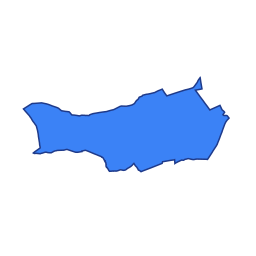 Urziceni, Romania, rotated 337°
{"feature_id": "2599482B49028853764158", "entity_name": "Urziceni", "entity_type": "district", "adm_level": 2, "iso_a3": "ROU", "parent_name": "Romania", "parent_adm1": "", "projection": "equal_earth", "projection_center": [22.375, 47.735], "detail": "fine", "context": "isolated", "style": "filled", "palette": "blue", "viewbox_px": 256, "rotation_deg": 337, "n_neighbors": 0, "source": "geoboundaries", "source_scale": "gbopen_adm2", "svg_char_len": 4763}
<svg xmlns="http://www.w3.org/2000/svg" viewBox="0 0 256 256"><g transform="rotate(337 128 128)"><path d="M214.1,109.8L213.1,110.4L212.6,110.7L212.2,110.9L211.2,111.6L210.8,111.9L210.5,112.2L210.3,112.4L209.4,113.2L209.0,113.4L208.4,113.7L207.3,114.4L204.9,115.8L204.2,116.1L203.8,116.2L203.5,116.3L201.9,116.2L199.0,115.9L197.2,115.6L195.6,115.3L192.5,115.0L189.4,114.7L188.3,114.6L186.0,114.4L183.7,114.2L180.1,113.9L177.4,113.7L176.3,113.6L175.8,111.7L175.4,110.0L174.8,106.3L174.7,105.6L172.1,105.6L170.3,105.5L169.2,105.6L168.4,105.6L166.5,105.8L163.5,105.3L162.1,105.1L160.6,104.8L159.6,104.6L157.9,104.1L154.3,103.6L153.8,103.8L153.3,104.2L150.5,104.0L149.6,104.6L149.4,104.9L149.0,105.1L148.3,105.6L146.9,105.9L145.7,106.5L144.4,107.4L143.5,108.0L141.3,108.3L140.2,108.3L137.7,107.9L135.0,107.3L132.6,106.2L130.5,105.2L129.0,105.0L128.0,105.1L125.0,105.3L122.2,105.5L120.8,105.3L119.7,105.1L116.7,104.7L114.8,104.5L114.0,104.3L112.3,103.8L110.5,103.3L107.4,102.5L106.0,102.2L102.7,101.4L101.4,101.1L99.0,100.9L98.5,100.9L97.8,100.9L97.0,101.3L96.7,101.2L95.0,100.3L94.0,100.0L93.3,99.5L90.3,98.1L88.0,97.9L85.9,96.5L83.7,95.2L81.4,94.0L81.3,93.7L81.1,93.1L80.8,92.0L80.6,91.3L80.1,90.1L79.1,89.5L77.7,88.7L76.6,88.1L73.5,86.1L72.5,84.2L71.8,82.7L70.8,81.6L69.4,80.3L66.9,78.1L65.4,76.6L63.7,75.0L62.2,73.8L60.9,72.9L58.3,71.1L55.6,70.2L51.5,68.8L49.3,68.0L47.0,68.3L44.0,68.8L41.6,69.2L39.2,69.6L39.3,70.0L39.7,71.0L39.9,71.9L40.5,73.7L41.3,76.1L42.0,78.1L42.2,79.4L42.6,81.0L42.9,83.5L43.1,84.7L43.6,86.5L43.9,88.1L44.4,90.1L44.2,91.7L43.8,94.7L43.6,95.6L43.1,97.9L42.6,99.8L42.5,100.0L42.3,100.6L41.7,103.1L41.1,105.5L40.6,107.6L40.4,107.9L40.0,109.4L39.6,111.5L39.4,112.0L37.0,112.6L33.1,113.4L31.1,114.0L31.4,114.4L31.7,114.7L31.9,114.9L32.2,115.0L33.5,115.4L35.3,116.4L37.1,117.4L37.7,117.4L38.0,117.4L39.7,117.7L41.4,117.8L42.9,118.1L43.1,118.2L44.8,119.5L45.3,119.7L46.2,120.2L47.4,120.7L47.6,120.8L50.1,120.6L51.0,120.5L52.0,120.6L53.6,121.0L53.9,120.9L60.5,123.4L61.0,123.4L62.5,123.6L63.3,123.8L63.8,124.1L64.2,124.5L68.5,128.3L70.1,129.7L71.7,130.5L73.1,130.9L74.8,131.3L76.4,131.7L76.5,131.2L80.0,131.8L81.3,132.9L83.7,135.3L86.5,138.2L92.5,144.2L92.4,144.6L93.1,145.2L93.3,145.6L93.4,145.9L93.4,146.3L93.5,146.8L93.5,147.0L93.6,147.4L93.6,147.5L93.6,147.8L93.7,148.0L93.7,148.3L93.6,148.7L93.6,148.9L93.7,149.0L93.8,149.2L93.7,149.4L93.7,149.5L93.8,149.6L94.0,149.6L93.8,150.0L93.7,150.1L93.8,150.2L93.9,150.6L94.0,150.7L94.0,151.0L94.0,151.3L93.8,151.8L93.8,152.2L93.7,152.5L93.5,152.9L93.5,153.0L93.4,153.2L93.5,153.3L93.4,153.4L93.3,153.5L93.1,154.0L93.0,154.3L92.9,154.5L92.9,154.8L92.8,155.0L92.8,155.3L92.9,155.5L92.9,155.8L93.1,155.9L93.3,156.0L93.3,156.4L93.3,156.8L93.4,157.3L93.6,158.0L93.7,158.3L93.7,158.7L93.7,159.1L93.7,159.5L93.8,159.7L94.0,160.1L94.0,160.4L94.0,160.6L94.3,160.7L94.6,160.8L95.1,161.0L95.8,161.2L96.2,161.4L97.0,161.6L97.3,161.7L97.6,162.0L97.8,162.0L98.1,162.0L98.3,162.1L98.7,162.3L99.2,162.5L99.4,162.6L100.5,163.1L100.9,163.2L101.4,163.3L101.9,163.3L102.5,163.4L103.1,163.4L103.3,163.4L104.1,163.4L104.7,163.6L104.9,163.6L106.1,164.4L106.5,164.7L106.7,164.8L107.1,165.1L107.9,165.4L108.4,165.5L109.1,165.6L109.6,165.6L111.4,165.1L111.7,165.1L112.0,165.0L112.7,164.9L114.0,164.8L115.0,164.6L115.6,164.5L116.2,164.3L116.8,164.1L117.6,163.8L118.0,163.6L118.3,163.4L119.0,163.1L119.3,163.0L119.6,162.9L119.8,164.2L120.0,165.6L120.4,166.5L120.6,167.1L120.8,167.6L121.0,169.1L121.1,170.1L121.1,170.6L121.2,170.8L121.3,171.0L121.6,171.2L121.9,171.5L122.1,171.8L122.9,173.3L123.2,173.2L124.1,173.3L125.0,173.3L127.6,173.4L133.3,173.6L137.2,173.7L145.6,173.9L146.6,172.6L146.8,172.7L147.3,172.7L147.6,172.8L154.9,174.5L158.1,175.4L158.3,175.4L158.5,175.4L157.5,178.5L157.3,179.0L158.3,178.8L159.9,178.7L160.6,178.6L161.8,178.6L163.4,178.5L164.6,178.5L164.9,178.5L165.0,178.5L165.7,179.0L166.4,179.3L166.7,179.4L168.0,179.1L170.0,179.5L171.1,179.6L171.4,179.7L172.0,180.0L172.5,180.4L173.6,181.2L174.9,182.1L175.6,182.5L176.2,182.8L178.4,183.2L179.7,183.7L188.3,187.6L188.9,188.0L191.5,186.3L195.8,183.4L197.4,182.2L202.1,179.1L203.8,177.8L204.4,177.1L205.1,176.4L207.2,174.3L207.9,173.6L210.5,170.8L211.3,170.0L212.9,168.4L213.9,167.2L215.5,165.5L218.7,162.1L220.5,160.6L222.5,159.4L224.8,158.5L224.9,158.3L224.8,158.0L224.1,155.5L223.9,155.3L223.6,155.0L221.2,154.0L220.9,153.6L220.7,153.3L220.7,152.7L223.1,151.3L223.1,151.2L222.8,150.2L222.2,149.0L221.7,148.0L221.5,143.1L218.2,143.2L217.6,143.2L212.3,143.3L211.3,143.3L210.4,143.4L209.4,138.9L208.5,135.4L207.8,132.2L206.5,127.1L206.2,125.6L205.9,124.4L205.1,120.9L204.8,119.5L205.2,119.6L209.7,120.6L210.7,120.8L211.4,120.9L211.8,119.1L212.9,114.4L213.9,110.6L214.1,110.1L214.1,109.9L214.1,109.8Z" fill="#3b82f6" stroke="#1e3a8a" stroke-width="1.5"/></g></svg>